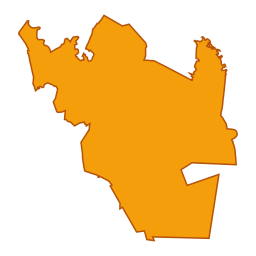 the district of Amacuzac, Morelos, Mexico
{"feature_id": "50627088B73948471129715", "entity_name": "Amacuzac", "entity_type": "district", "adm_level": 2, "iso_a3": "MEX", "parent_name": "Mexico", "parent_adm1": "Morelos", "projection": "albers", "projection_center": [-99.387, 18.588], "detail": "fine", "context": "isolated", "style": "filled", "palette": "amber", "viewbox_px": 256, "rotation_deg": 0, "n_neighbors": 0, "source": "geoboundaries", "source_scale": "gbopen_adm2", "svg_char_len": 5398}
<svg xmlns="http://www.w3.org/2000/svg" viewBox="0 0 256 256"><path d="M84.8,171.0L90.6,173.0L96.8,175.0L97.8,175.5L98.0,176.1L98.0,177.1L99.0,177.3L99.2,176.7L99.2,176.2L99.9,176.4L108.8,181.0L111.9,185.2L111.0,185.8L110.2,186.0L120.0,203.1L119.9,208.8L122.4,207.3L136.6,232.0L144.5,231.0L146.8,239.6L154.2,240.6L152.7,236.9L209.0,238.3L218.9,174.4L187.1,185.4L181.0,169.7L191.9,162.8L236.2,164.7L235.8,160.4L235.7,157.6L234.9,149.7L233.9,145.2L232.6,142.2L233.0,141.9L232.2,140.8L231.7,139.6L233.5,138.6L234.8,137.8L236.4,136.3L236.9,135.4L237.2,134.2L236.6,131.8L235.9,130.7L234.4,129.7L231.2,129.2L226.9,128.8L226.7,125.9L226.5,125.7L226.4,125.8L226.1,123.8L222.2,117.1L221.5,116.4L221.0,115.9L220.6,115.4L220.8,114.9L221.1,113.2L221.2,111.8L221.7,110.2L222.1,108.3L222.7,103.8L223.0,99.6L223.4,97.1L224.3,89.0L225.5,76.9L225.1,76.2L225.5,75.9L225.9,75.3L225.5,74.9L226.1,73.6L225.4,73.2L225.5,72.6L225.9,71.3L226.7,70.6L226.7,70.0L226.4,69.7L225.7,69.7L225.0,70.2L224.1,70.4L222.8,70.4L222.1,70.4L221.5,69.4L222.1,68.8L222.4,68.3L222.8,67.8L223.8,67.2L224.6,67.2L224.8,66.7L225.1,66.4L225.6,66.5L225.0,64.5L224.8,64.4L224.3,64.2L222.6,65.7L222.3,65.5L221.4,63.9L221.3,63.2L221.2,61.4L220.7,59.7L220.3,59.4L220.2,57.9L220.4,57.7L221.5,57.7L221.7,57.1L222.2,56.3L221.7,55.8L221.6,55.6L221.3,55.7L220.4,56.4L219.8,56.7L219.5,56.6L219.4,57.3L218.7,57.8L218.5,57.1L217.8,56.0L216.3,54.4L216.5,54.1L217.0,54.2L217.2,54.4L218.3,54.1L218.4,53.4L218.2,52.9L216.5,51.2L216.7,50.6L217.2,50.5L220.0,50.9L219.7,50.4L218.4,49.6L217.8,49.5L217.6,49.6L215.6,49.2L214.9,48.9L214.8,47.7L214.7,47.7L214.2,47.6L213.3,48.5L212.9,49.1L211.9,49.1L211.4,47.6L212.6,47.2L212.9,47.3L213.1,46.7L212.9,46.7L211.9,46.0L211.5,45.1L211.3,44.8L211.0,44.5L210.4,44.2L209.2,44.5L209.5,46.8L210.0,47.1L209.8,47.5L206.8,46.2L206.7,45.8L207.4,45.5L208.2,44.4L208.1,43.4L208.7,43.1L208.6,42.5L209.8,42.9L210.4,42.8L210.1,41.4L209.7,40.5L209.4,40.3L208.1,39.3L207.1,38.9L206.8,39.0L205.7,40.2L205.0,40.1L204.8,39.1L204.3,38.3L202.7,36.8L202.1,37.1L202.9,37.3L202.6,37.6L202.5,39.8L202.3,40.2L202.2,40.6L201.8,40.9L200.9,41.2L200.1,41.7L199.7,41.6L198.8,41.2L197.9,41.1L197.5,41.0L197.1,40.9L196.1,41.1L195.8,40.9L195.3,40.9L194.8,40.5L194.3,40.9L194.5,41.4L194.7,41.5L195.0,41.5L195.3,41.7L195.9,42.3L196.1,43.0L196.9,44.3L196.8,44.6L197.4,45.1L196.5,47.8L196.1,55.0L196.1,58.4L197.0,58.5L197.7,58.9L198.2,59.3L198.8,59.8L199.1,60.7L199.1,61.0L196.7,61.1L195.8,63.2L195.4,64.3L195.2,64.3L194.6,66.9L194.7,67.0L195.2,67.7L196.8,69.3L196.5,69.2L196.2,69.4L195.7,70.5L195.0,71.3L194.9,71.4L194.4,71.4L194.2,71.8L193.8,72.1L193.6,72.5L193.8,73.0L193.9,74.4L191.2,73.9L189.8,73.4L190.4,74.1L192.2,74.5L191.9,74.7L192.1,74.8L192.1,75.0L191.3,76.2L193.2,77.1L192.5,77.7L191.8,79.5L192.4,79.9L191.9,80.4L163.7,65.6L159.4,63.5L157.9,62.8L156.2,61.8L154.8,61.1L152.9,60.6L151.1,60.7L150.7,60.7L150.0,60.5L147.6,60.3L144.0,60.1L145.3,56.7L145.6,55.3L145.6,52.3L145.6,48.0L146.7,46.6L145.6,42.8L129.7,25.0L129.5,24.5L129.0,24.2L122.4,26.0L104.0,15.4L101.1,19.9L100.9,20.5L100.2,20.9L99.5,21.5L99.3,22.6L98.8,23.0L98.7,23.1L98.3,23.0L97.9,23.5L97.7,23.6L97.1,23.5L96.6,24.4L95.9,25.3L94.7,27.2L92.7,29.4L92.1,33.8L91.4,35.2L90.1,38.1L88.9,41.4L87.9,43.6L87.1,45.0L85.6,48.8L86.2,49.1L86.6,48.9L87.9,49.6L89.1,51.2L90.3,50.1L91.4,51.4L92.8,52.5L93.5,53.3L94.0,54.2L93.5,55.7L92.6,57.3L92.4,58.1L91.8,59.6L90.8,60.7L89.6,61.0L88.7,61.2L88.1,60.6L87.6,59.0L87.3,57.5L86.2,56.7L85.3,55.5L85.3,55.0L85.1,55.2L83.6,53.3L82.5,56.0L83.1,55.9L83.1,56.4L84.0,59.3L83.9,60.0L83.7,60.1L83.2,59.8L82.4,59.8L81.7,60.2L81.2,60.7L80.6,60.6L77.5,58.2L77.1,56.9L76.0,56.5L75.4,55.7L75.6,54.9L76.6,54.5L77.8,53.5L78.6,52.3L77.9,49.4L77.1,49.0L75.0,49.3L74.6,45.7L74.9,44.8L75.8,44.5L76.6,44.4L77.0,44.0L76.7,43.3L76.2,42.8L76.0,41.7L76.0,40.6L76.9,39.9L78.0,38.7L78.6,37.7L78.5,37.0L77.8,36.6L77.1,36.5L76.4,36.8L75.4,37.0L74.2,36.9L73.4,37.0L72.8,37.7L72.2,38.6L71.0,40.1L70.3,41.9L69.6,40.8L68.9,40.3L67.8,39.2L67.2,38.4L65.2,39.0L64.6,40.7L64.3,42.6L63.5,44.1L61.6,44.5L61.1,45.8L59.7,47.2L56.2,48.9L50.7,52.2L50.3,50.6L49.6,48.8L48.8,47.5L48.1,46.7L47.4,46.2L45.9,45.5L45.3,45.4L44.8,45.4L44.2,44.9L43.8,44.3L43.5,43.6L43.5,43.0L43.5,42.6L44.3,41.4L44.3,40.5L43.9,40.2L43.3,39.9L42.4,39.6L41.5,39.5L40.9,39.5L39.4,39.7L38.6,39.6L37.7,39.2L37.4,38.7L36.9,37.1L36.7,36.0L36.9,32.7L37.3,29.7L38.8,29.3L39.4,29.0L40.0,28.4L40.0,28.0L39.9,27.6L39.5,27.2L39.1,27.1L38.7,27.1L35.9,27.7L33.9,28.0L32.1,27.7L31.1,27.3L30.4,26.7L28.8,24.8L28.6,24.2L28.4,23.7L28.5,22.5L28.3,22.7L28.5,20.9L27.4,20.8L26.1,22.7L18.9,32.5L19.3,33.4L18.8,34.1L20.2,35.7L20.4,36.0L20.5,36.2L21.1,37.1L24.9,42.6L25.5,43.3L28.8,50.2L27.5,50.6L27.9,53.6L28.3,53.9L28.9,55.6L29.6,59.6L31.8,69.6L33.3,76.0L33.6,76.6L33.0,83.9L34.2,86.1L35.5,90.7L36.8,89.9L37.6,87.5L38.3,87.5L38.7,88.7L39.6,88.1L39.4,86.7L40.4,86.4L41.7,87.1L42.2,87.6L42.9,87.4L43.6,87.1L43.7,86.3L44.4,84.7L45.8,83.6L47.9,83.0L49.5,83.5L50.9,84.3L52.1,84.6L53.1,85.1L53.9,86.1L55.7,86.3L56.7,87.1L57.1,88.2L57.7,88.9L55.5,98.3L53.3,102.0L56.8,111.6L57.6,112.2L58.6,112.3L60.3,112.2L62.3,111.9L65.3,110.6L64.5,119.5L66.1,119.6L66.6,120.1L67.3,120.9L68.3,121.6L69.0,121.8L69.7,121.8L70.7,122.2L74.5,125.9L79.9,122.9L83.1,122.4L84.0,122.0L85.1,124.3L85.9,124.3L86.1,125.6L86.3,126.0L89.8,123.6L89.0,130.5L88.6,130.5L81.0,142.4L82.5,153.8L82.5,157.2L83.8,166.5L84.8,171.0Z" fill="#f59e0b" stroke="#b45309" stroke-width="1.5"/></svg>